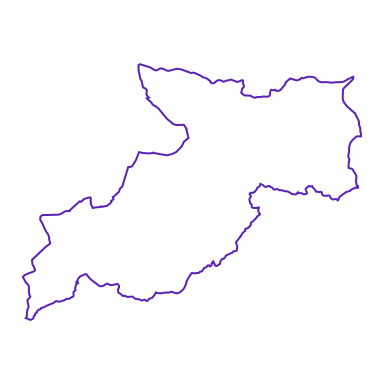 the district of Sarolangun, Jambi, Indonesia
{"feature_id": "22746128B44731308508060", "entity_name": "Sarolangun", "entity_type": "district", "adm_level": 2, "iso_a3": "IDN", "parent_name": "Indonesia", "parent_adm1": "Jambi", "projection": "albers", "projection_center": [102.678, -2.332], "detail": "fine", "context": "isolated", "style": "outline", "palette": "violet", "viewbox_px": 384, "rotation_deg": 0, "n_neighbors": 0, "source": "geoboundaries", "source_scale": "gbopen_adm2", "svg_char_len": 5903}
<svg xmlns="http://www.w3.org/2000/svg" viewBox="0 0 384 384"><path d="M153.2,69.3L150.9,67.7L149.5,67.2L140.1,64.2L138.5,65.1L138.6,70.2L139.2,73.4L140.4,79.0L141.7,81.1L143.0,87.4L145.4,88.5L146.9,90.2L146.4,94.3L147.9,96.8L148.9,97.5L146.8,98.3L148.6,100.3L150.3,101.3L153.0,104.8L155.8,106.4L158.7,108.8L167.1,118.9L173.1,124.0L176.4,125.0L183.8,124.8L186.2,128.3L186.1,128.7L186.6,129.0L186.5,129.7L188.5,138.1L187.0,139.0L183.9,141.8L181.7,146.4L176.3,152.0L172.1,154.0L167.1,155.3L155.3,153.3L153.4,152.8L153.2,152.6L150.6,153.4L147.2,153.3L142.8,153.0L139.0,152.1L135.9,160.3L132.0,166.3L130.5,166.9L128.2,167.1L122.3,186.5L120.4,188.2L119.8,189.0L119.1,191.6L113.5,196.9L112.9,197.0L113.5,198.9L112.5,200.1L111.2,200.7L111.5,201.9L110.1,203.5L107.3,205.7L102.3,206.8L100.9,206.4L100.6,206.9L99.5,207.1L95.6,207.4L93.1,208.0L92.4,207.7L92.3,206.5L91.9,206.2L90.7,203.6L91.1,202.2L90.5,200.4L90.8,199.1L90.7,197.8L90.3,197.4L89.8,197.4L87.5,197.9L84.0,199.1L82.7,200.4L81.9,200.7L81.6,201.6L81.1,201.8L79.6,201.4L69.9,210.2L70.0,210.6L69.5,210.7L69.4,211.0L68.5,211.2L66.7,210.9L64.3,211.8L60.6,214.1L57.9,214.7L42.4,215.1L40.5,216.5L40.2,219.8L42.7,224.0L44.0,227.4L46.2,231.7L47.9,234.0L49.2,237.5L49.2,239.8L49.8,241.5L50.2,243.5L45.7,246.9L32.0,259.9L32.5,264.6L34.0,267.0L34.1,268.0L34.9,269.1L35.1,269.8L34.9,270.6L33.1,271.8L29.6,272.9L24.8,275.1L23.2,276.5L23.0,277.2L24.9,280.8L26.1,282.8L27.4,283.9L28.9,286.2L28.9,292.2L29.4,294.9L30.3,296.4L30.1,297.1L27.3,300.4L28.7,306.9L27.5,309.4L26.9,312.5L27.1,313.9L26.8,315.0L26.8,316.4L25.8,318.2L27.3,318.5L29.9,319.8L31.3,319.7L33.3,318.4L33.8,316.1L34.8,315.4L34.7,314.9L35.5,313.3L36.8,312.5L37.0,311.3L38.5,309.8L40.5,309.2L41.3,307.9L43.7,307.4L46.9,305.5L48.3,305.2L50.6,304.0L52.9,303.4L55.6,301.4L56.8,301.1L58.9,301.8L60.1,301.5L64.4,300.2L66.4,298.9L69.3,298.7L71.7,297.2L73.0,296.8L73.5,295.9L73.6,291.8L75.3,290.5L75.6,289.8L75.1,288.9L75.1,288.1L76.1,284.6L76.8,284.3L76.8,284.0L76.2,282.5L76.6,281.7L77.7,282.3L77.4,281.6L77.8,279.2L80.2,276.3L85.2,274.2L86.5,274.3L88.8,277.4L91.0,279.6L99.3,285.9L100.2,286.1L100.8,286.3L102.9,286.0L104.1,285.4L104.7,284.7L105.8,284.5L106.3,284.0L107.6,283.6L109.6,284.9L112.3,285.1L117.5,283.8L119.0,285.7L119.0,287.4L118.3,288.7L118.0,290.3L118.2,292.2L118.8,292.9L120.7,294.0L123.1,296.1L124.7,295.7L127.3,296.9L132.5,296.6L135.0,298.6L135.7,298.9L139.1,299.3L141.1,300.3L142.1,300.5L144.5,299.6L146.8,301.0L147.4,300.8L148.2,300.3L149.0,298.9L152.1,297.9L154.7,294.7L155.9,292.4L157.9,293.2L161.4,293.3L164.4,292.7L169.4,292.5L171.5,291.7L175.0,293.0L176.8,293.3L177.7,293.2L180.1,292.1L183.2,289.4L184.3,287.8L185.8,284.4L186.7,281.3L187.8,278.9L191.4,273.3L192.4,272.9L193.8,273.4L198.8,272.9L199.6,272.0L202.1,271.2L204.2,267.9L205.7,267.5L206.6,266.9L207.8,265.4L209.1,265.3L209.8,266.5L210.6,266.2L211.5,265.2L211.6,264.0L212.3,263.5L212.2,262.3L213.3,261.4L215.2,265.6L216.9,266.0L219.1,264.3L220.0,264.0L220.4,261.3L221.8,259.2L223.3,258.8L224.9,257.7L225.7,256.0L226.1,255.5L230.1,253.5L232.2,252.9L233.1,251.6L236.7,250.6L237.3,246.7L236.0,242.3L240.7,236.1L240.8,236.2L242.3,233.3L245.2,230.8L245.4,228.9L248.0,228.0L248.5,227.2L249.9,226.4L250.8,224.8L250.8,223.2L251.0,222.7L253.0,221.4L253.9,220.2L255.9,218.5L257.0,216.6L257.8,215.9L259.8,214.6L259.9,213.7L259.0,212.9L258.1,210.3L258.9,207.9L258.8,207.4L256.5,208.0L253.3,207.9L252.4,207.6L251.8,207.1L251.6,204.3L250.1,203.1L249.4,199.7L249.8,198.1L251.0,196.4L250.9,196.0L249.6,194.2L249.7,193.6L250.8,192.7L253.0,192.9L254.2,192.0L254.9,191.8L255.6,190.5L256.6,189.7L257.3,187.8L259.5,186.5L260.3,183.9L262.7,184.9L264.7,186.7L266.2,186.9L268.5,186.0L269.6,186.0L270.6,187.1L272.0,187.4L273.7,189.4L274.7,189.6L277.1,189.0L279.8,190.3L282.0,190.2L284.4,191.2L286.8,191.2L289.8,192.5L291.7,193.9L294.1,194.4L296.2,194.3L297.5,192.8L297.5,193.0L301.6,193.2L303.6,194.3L306.1,194.0L306.8,193.4L306.9,192.5L305.6,189.5L305.7,188.7L308.6,186.1L309.2,186.0L310.8,186.6L312.1,186.1L313.2,187.9L314.9,189.5L316.0,191.6L316.8,191.9L318.0,191.6L319.2,192.2L320.9,191.8L321.7,192.2L322.0,194.1L323.1,195.6L326.5,195.8L328.7,195.4L329.8,196.0L330.7,198.0L332.2,199.3L333.2,199.5L336.2,198.9L337.7,200.4L338.2,200.1L339.2,197.6L340.0,196.4L341.6,195.5L342.4,194.6L344.7,193.2L345.6,192.3L350.1,190.8L351.8,189.3L353.7,188.3L354.7,188.3L355.8,187.5L357.3,187.9L358.1,187.6L357.8,186.9L357.9,186.0L356.9,185.5L356.7,185.1L356.3,183.7L356.3,182.6L355.9,181.6L355.9,180.2L356.4,178.8L356.3,175.7L354.7,172.6L353.8,171.6L353.0,169.8L352.0,168.9L348.6,167.9L348.5,164.8L348.9,161.9L349.5,159.8L348.4,157.0L348.3,155.8L349.1,151.2L349.1,147.2L350.2,143.5L351.1,141.8L352.9,139.6L356.4,136.6L357.2,136.3L360.9,136.4L361.0,133.4L360.5,132.3L360.2,130.6L360.4,128.8L359.2,125.0L358.9,123.6L359.1,122.5L358.5,120.3L354.8,113.0L354.2,112.7L346.9,106.2L343.9,102.3L343.0,100.1L342.7,97.7L343.0,89.6L343.9,88.1L352.6,79.7L353.2,78.6L353.4,77.4L353.2,76.8L348.3,79.0L344.1,81.5L341.8,82.1L334.9,82.3L332.2,82.7L325.7,82.1L322.6,82.3L320.6,82.0L319.2,81.6L317.8,80.7L315.9,78.5L314.8,77.7L312.8,77.0L311.2,76.8L308.4,76.8L305.1,77.6L303.7,78.3L301.9,77.9L300.7,78.4L300.4,79.3L296.7,80.4L290.2,78.5L286.0,82.0L284.9,84.7L280.5,89.9L278.6,90.9L275.9,90.8L275.3,89.8L272.7,90.2L271.2,89.8L270.5,90.6L269.8,95.4L268.4,96.5L267.4,96.7L262.8,96.5L260.4,97.2L258.5,96.9L256.5,97.2L254.8,97.8L254.0,97.6L250.4,95.7L244.4,95.4L241.2,92.8L242.3,88.5L243.6,87.4L243.9,86.0L243.1,83.5L243.0,81.0L242.7,80.3L242.1,80.1L238.4,81.7L236.9,81.9L231.2,79.6L230.3,79.6L229.1,80.2L226.5,80.5L224.5,81.5L223.4,81.7L221.7,80.7L219.3,80.1L218.2,80.2L216.7,80.9L214.8,82.5L213.2,83.3L212.1,83.2L210.6,82.3L210.2,80.9L208.2,79.7L207.7,79.0L204.9,77.8L202.8,77.3L201.1,75.9L194.8,73.0L193.0,72.6L191.3,73.1L181.8,69.6L179.4,69.0L176.7,68.8L168.6,70.9L166.9,70.6L162.1,68.4L159.8,68.6L157.0,70.2L155.4,70.4L153.2,69.3Z" fill="none" stroke="#5b21b6" stroke-width="2"/></svg>